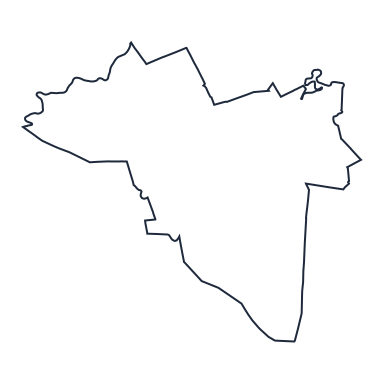 outline of Giera, Timis, Romania
{"feature_id": "2599482B15440248148719", "entity_name": "Giera", "entity_type": "district", "adm_level": 2, "iso_a3": "ROU", "parent_name": "Romania", "parent_adm1": "Timis", "projection": "natural_earth1", "projection_center": [20.968, 45.404], "detail": "fine", "context": "isolated", "style": "outline", "palette": "slate", "viewbox_px": 384, "rotation_deg": 0, "n_neighbors": 0, "source": "geoboundaries", "source_scale": "gbopen_adm2", "svg_char_len": 5691}
<svg xmlns="http://www.w3.org/2000/svg" viewBox="0 0 384 384"><path d="M342.6,88.6L342.5,88.4L342.6,87.7L343.6,86.3L343.8,85.6L343.9,85.2L343.8,84.4L343.6,84.0L343.2,83.5L342.7,83.2L338.6,82.6L334.8,82.0L333.4,82.1L332.5,82.2L332.3,82.2L331.9,82.5L331.2,83.2L331.1,84.2L330.9,84.6L330.8,84.9L330.5,85.2L329.8,85.5L328.6,85.8L328.0,85.7L327.2,85.4L325.2,84.9L324.6,84.7L323.7,84.3L322.3,83.7L318.8,82.5L317.9,81.9L317.5,81.3L317.1,80.5L316.7,79.4L316.6,78.7L316.7,78.0L316.9,77.7L317.4,77.2L318.9,76.3L319.6,75.7L320.6,74.6L320.8,74.3L321.0,74.0L321.1,73.5L321.1,72.9L321.1,72.3L321.0,71.9L320.7,71.1L320.4,70.7L318.8,69.9L317.5,69.6L317.2,69.8L314.2,70.1L313.6,70.4L313.4,70.7L312.4,72.1L312.0,73.2L312.0,73.7L312.4,74.4L312.6,74.8L312.6,75.7L312.5,76.4L312.1,77.3L311.8,77.7L311.5,78.0L310.8,78.3L310.0,78.4L307.2,78.6L306.2,79.2L305.9,79.5L305.7,79.9L305.5,81.2L305.5,81.5L305.1,83.0L305.1,83.8L305.2,84.2L305.4,84.6L305.6,85.0L305.8,85.0L306.0,85.1L306.8,85.0L307.4,85.0L307.8,84.8L308.0,84.7L309.0,83.6L310.4,82.6L311.3,82.1L312.1,81.7L312.7,81.6L313.7,81.5L314.4,81.5L314.7,81.6L314.8,82.2L314.9,83.5L315.0,84.5L314.9,86.5L315.0,87.6L315.3,88.3L315.7,88.8L316.8,89.4L317.5,89.5L317.9,89.5L318.6,89.2L319.5,88.8L320.0,88.5L321.1,87.6L321.4,87.4L321.6,87.4L321.8,87.5L322.0,87.7L322.0,88.2L321.8,88.7L321.5,89.1L321.1,89.4L320.4,89.9L319.0,90.3L317.9,90.4L316.8,90.6L312.7,92.5L311.4,92.7L307.4,92.8L306.4,92.9L304.4,93.7L303.7,94.2L303.3,94.7L302.8,96.2L302.4,97.7L302.1,98.6L301.8,99.1L301.7,99.1L301.4,99.0L301.1,98.7L301.4,98.0L302.9,94.7L303.5,93.5L304.6,91.5L305.8,89.3L305.8,89.1L305.8,88.7L303.3,85.7L296.0,89.4L295.3,89.6L292.6,91.1L286.7,93.9L280.9,96.8L276.6,89.8L272.8,83.2L268.1,89.6L268.9,90.8L253.6,92.1L247.1,94.6L237.3,98.1L226.9,101.9L225.9,101.7L225.7,101.7L223.2,102.3L214.2,104.8L211.5,97.4L210.7,97.0L210.2,96.6L208.2,92.6L206.1,87.9L204.6,86.1L203.8,85.8L203.4,85.6L204.9,83.8L202.7,79.2L199.6,73.1L197.5,68.8L196.9,67.8L196.7,67.5L195.7,65.5L194.2,62.9L193.4,61.3L190.3,55.1L190.2,54.9L187.6,50.1L186.6,48.0L186.5,47.9L186.3,47.9L186.1,47.9L176.7,51.8L163.9,56.8L163.6,56.8L157.4,59.4L150.1,62.5L146.4,64.1L144.6,61.5L142.3,58.5L137.9,52.3L134.4,47.7L131.1,42.5L130.7,43.0L130.3,43.6L130.2,44.1L130.3,44.9L130.2,45.8L129.7,47.1L128.9,48.9L127.6,51.1L127.0,51.9L125.6,53.4L124.7,54.2L118.1,57.0L116.4,58.6L115.1,60.2L113.2,63.4L112.2,64.9L112.0,65.1L110.9,67.2L110.7,67.8L110.3,69.2L110.1,70.4L109.9,71.6L109.7,72.6L108.6,75.5L108.4,76.4L108.1,78.0L107.9,78.6L107.5,79.1L107.1,79.5L106.3,80.0L105.6,80.3L105.2,80.3L104.5,80.2L104.2,80.1L103.4,79.6L102.2,78.8L101.6,78.6L100.6,78.3L100.0,78.2L98.9,78.4L98.5,78.7L97.9,79.1L97.7,79.5L97.4,79.9L96.6,80.5L95.4,81.0L94.6,81.2L92.5,81.5L90.4,81.4L89.7,81.3L88.9,81.0L87.6,80.9L85.4,80.5L83.7,80.0L80.5,78.5L78.9,78.0L76.9,77.7L76.0,77.8L75.1,78.0L74.4,78.4L74.1,78.6L73.6,79.2L73.1,79.9L72.9,80.6L72.5,81.7L72.1,82.5L71.6,83.3L69.8,85.1L69.1,85.9L67.7,88.1L66.9,90.0L66.6,90.6L65.8,91.5L65.2,91.9L64.4,92.4L63.4,92.6L62.5,92.8L60.2,92.8L56.4,93.2L51.1,92.8L49.6,93.4L48.7,93.9L47.7,94.2L46.1,94.6L45.7,94.6L45.0,94.5L43.9,94.2L41.4,92.8L40.8,92.5L39.4,92.4L38.3,92.6L37.8,92.7L37.1,93.2L36.7,94.0L36.6,94.4L36.7,94.7L36.7,95.1L37.1,95.7L38.2,96.9L38.8,97.4L40.3,98.4L40.8,98.8L41.3,99.5L41.7,100.3L42.6,103.7L42.7,105.7L42.8,108.4L43.0,109.7L43.0,110.2L42.8,110.8L42.6,111.2L42.3,111.5L41.2,112.5L39.9,113.2L39.0,113.5L37.7,113.7L37.0,113.5L35.5,113.2L34.8,113.1L34.1,113.2L31.4,113.9L30.5,114.3L29.7,114.7L29.1,115.1L28.8,115.4L26.6,116.5L26.0,116.9L25.4,117.4L25.1,118.0L25.0,118.8L25.2,119.4L25.4,120.1L25.9,120.7L27.1,121.6L30.5,122.8L31.4,123.2L32.0,123.7L32.1,123.9L32.1,124.2L32.0,124.5L31.8,124.8L29.1,125.4L27.8,125.6L27.5,125.7L27.1,126.0L25.2,126.3L24.4,126.5L23.0,127.0L28.0,130.6L30.9,132.6L38.8,138.4L42.5,140.9L45.5,142.3L53.5,146.0L59.1,148.4L69.3,152.2L89.9,162.3L97.7,161.8L107.5,161.4L115.7,161.5L121.6,161.4L126.8,161.5L130.7,174.5L132.7,181.0L133.7,185.1L134.7,185.8L135.3,186.4L136.7,188.1L137.9,189.3L138.5,189.8L139.5,190.1L140.5,190.3L140.8,190.5L141.3,191.1L141.5,191.4L141.4,192.0L140.8,194.0L140.6,195.5L140.9,196.3L141.2,197.0L141.6,197.6L142.2,198.1L143.0,198.5L143.8,198.7L144.7,198.7L146.5,198.1L147.1,197.8L147.6,197.5L151.8,208.9L153.1,212.4L153.3,213.4L155.4,219.3L155.3,219.5L145.1,220.5L145.2,221.8L145.5,223.8L147.1,232.3L147.3,233.7L157.2,234.0L163.0,234.3L167.6,234.5L168.8,235.0L169.2,235.3L170.4,237.2L171.3,238.5L171.8,239.2L172.6,239.9L173.5,240.4L174.4,240.8L175.0,240.9L175.8,240.7L176.6,240.4L177.2,239.7L178.3,238.3L179.3,236.5L179.4,237.1L180.0,240.7L181.0,246.2L182.1,252.1L183.7,260.2L184.0,262.0L184.8,262.7L201.7,281.1L218.4,287.8L241.5,303.6L244.6,308.8L248.2,314.5L252.2,320.2L258.3,327.3L260.0,329.1L268.1,336.5L268.6,336.9L274.2,340.2L275.0,340.6L294.3,341.5L294.7,340.9L295.0,340.1L298.0,328.7L301.3,314.9L301.6,313.5L301.7,311.7L302.1,294.0L302.2,290.9L303.1,282.2L303.4,269.7L303.5,269.5L304.0,262.3L304.8,242.9L306.2,218.5L306.0,218.2L306.5,213.0L307.1,208.4L307.8,202.4L309.0,189.9L306.2,184.1L306.0,183.6L331.1,187.6L343.3,189.4L345.0,187.2L349.0,183.6L348.1,182.1L348.7,181.3L349.0,181.1L348.2,171.8L347.8,168.3L347.2,167.2L361.0,159.8L359.6,158.4L356.2,154.7L351.0,149.0L351.0,148.9L342.2,139.6L341.2,138.9L338.2,126.1L338.2,125.8L336.0,124.6L335.3,124.0L334.8,123.5L334.1,122.5L333.8,121.6L333.6,120.9L333.3,119.2L333.3,118.8L333.4,117.6L333.7,116.7L334.3,116.5L334.7,116.3L335.4,116.3L336.1,116.0L337.4,115.2L337.8,114.7L338.0,114.2L338.3,114.0L338.8,113.7L339.5,113.4L340.6,113.2L341.2,113.0L341.7,112.7L342.1,112.3L342.3,111.9L341.8,111.0L341.2,110.2L341.6,109.6L342.3,91.5L342.4,89.1L342.6,88.6Z" fill="none" stroke="#1e293b" stroke-width="2"/></svg>